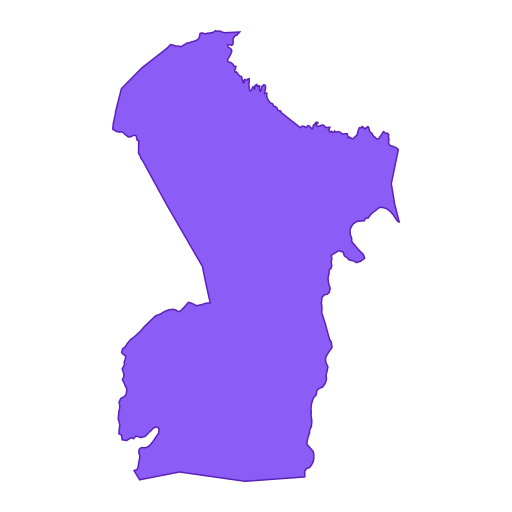 San Miguel Quetzaltepec, Oaxaca, Mexico
{"feature_id": "50627088B89503535126650", "entity_name": "San Miguel Quetzaltepec", "entity_type": "district", "adm_level": 2, "iso_a3": "MEX", "parent_name": "Mexico", "parent_adm1": "Oaxaca", "projection": "equal_earth", "projection_center": [-95.769, 16.979], "detail": "fine", "context": "isolated", "style": "filled", "palette": "violet", "viewbox_px": 512, "rotation_deg": 0, "n_neighbors": 0, "source": "geoboundaries", "source_scale": "gbopen_adm2", "svg_char_len": 5972}
<svg xmlns="http://www.w3.org/2000/svg" viewBox="0 0 512 512"><path d="M142.2,159.9L166.4,204.2L202.4,266.4L205.6,282.2L210.2,302.9L207.2,303.1L204.8,303.5L201.7,304.7L196.3,305.7L194.2,304.4L190.5,302.8L188.3,302.4L184.2,307.2L180.7,310.8L178.1,311.7L175.9,310.0L173.1,309.3L168.4,309.9L164.2,311.7L160.0,314.2L155.5,315.8L144.3,326.7L140.4,331.3L137.9,333.5L134.1,337.1L130.9,339.3L127.5,343.2L125.1,346.9L122.5,348.9L121.6,352.2L123.1,354.2L125.6,355.9L125.2,359.4L124.2,362.1L124.4,364.8L122.2,368.8L123.7,373.5L123.9,376.5L122.4,379.6L124.2,383.2L125.2,385.8L126.8,389.2L126.2,394.5L124.0,396.8L120.7,398.5L119.0,402.3L119.6,404.7L119.7,408.0L118.9,411.3L118.2,418.8L119.8,424.4L119.0,431.3L118.9,433.8L121.4,434.9L122.1,439.8L126.7,440.5L131.1,437.7L133.5,438.7L135.8,436.2L138.6,436.7L140.7,437.6L145.1,436.4L147.3,434.2L149.0,432.3L151.1,430.6L153.2,428.1L156.7,426.9L159.0,428.5L158.6,433.1L152.9,441.6L151.1,443.9L148.1,446.7L145.4,447.7L141.3,447.6L139.1,449.4L138.8,452.7L139.8,455.9L139.5,459.2L138.7,462.7L138.1,466.9L137.1,469.5L134.1,470.6L139.6,479.8L179.3,472.0L245.2,481.3L304.8,476.9L304.7,471.0L306.8,468.5L309.5,467.6L311.5,465.0L313.1,461.9L313.8,458.7L313.8,454.3L313.2,451.4L306.8,444.1L307.5,439.3L308.2,436.8L309.6,432.7L309.7,429.8L311.3,426.8L311.8,422.0L311.6,418.6L311.0,415.8L311.3,413.2L311.0,408.5L311.4,404.5L312.3,401.0L313.6,397.7L316.3,394.7L316.8,390.7L319.1,388.4L322.6,387.1L325.4,383.1L326.5,379.1L326.1,374.6L327.0,371.6L327.9,366.8L326.0,362.9L325.5,359.9L325.9,356.9L327.8,353.6L330.1,350.1L332.0,347.6L331.3,342.1L329.4,338.9L325.3,323.8L321.7,312.6L321.9,309.7L321.9,306.6L321.4,303.0L322.0,297.2L324.6,294.8L327.3,294.2L329.3,292.4L330.2,288.3L329.1,285.0L328.4,282.3L328.0,277.8L329.1,273.4L329.1,270.0L330.9,268.6L331.8,265.8L331.1,261.7L331.9,258.9L331.3,255.3L338.7,250.7L343.1,252.1L344.4,255.9L347.5,258.0L349.1,259.9L353.9,261.0L356.4,262.6L360.6,261.3L364.7,258.2L363.3,254.3L360.8,252.0L358.2,249.3L351.8,241.7L351.7,238.4L350.3,234.6L350.0,229.6L351.2,227.0L352.7,224.4L355.1,222.5L357.0,221.4L364.3,220.7L365.6,218.1L368.0,218.2L370.1,215.4L371.8,213.3L375.5,210.6L379.2,207.6L381.4,207.4L384.0,207.8L387.1,208.9L390.6,211.8L393.0,214.5L395.0,217.6L397.8,221.5L399.2,221.9L394.7,204.2L391.3,183.7L398.3,149.7L397.3,148.6L395.6,147.4L394.9,147.1L394.3,147.1L393.3,146.4L390.7,145.7L389.9,145.3L388.7,143.6L388.6,142.5L389.0,139.5L388.5,137.6L388.5,136.1L388.7,134.5L387.5,133.1L386.1,133.4L385.4,133.3L384.9,133.0L384.2,132.0L383.6,131.6L382.8,132.4L382.2,133.7L379.0,138.2L378.2,138.8L377.6,139.1L376.4,138.6L374.8,137.0L374.0,136.6L373.3,135.9L372.7,134.7L371.7,133.2L369.8,131.5L368.5,127.1L367.9,126.6L367.0,127.3L366.0,127.9L365.3,128.8L364.8,128.8L362.9,126.9L362.0,126.5L361.6,127.6L360.5,127.9L359.7,127.6L359.2,127.9L358.7,129.3L358.3,130.2L357.8,131.9L357.6,133.2L356.7,135.5L355.8,136.1L353.9,137.9L353.2,138.8L352.3,138.8L350.4,137.8L349.4,137.0L349.0,137.2L348.5,137.7L347.9,136.9L347.5,134.2L347.0,133.6L344.7,133.8L342.9,134.1L342.2,133.8L340.6,132.6L338.9,131.7L337.9,131.6L336.6,132.2L335.1,131.5L334.5,131.0L333.8,132.3L333.0,132.2L332.3,132.0L331.4,131.3L331.0,131.6L330.5,132.2L330.1,132.3L328.8,129.7L329.9,127.3L328.2,127.3L327.5,127.6L326.0,127.3L325.6,127.4L324.0,125.6L322.6,124.9L318.5,126.3L316.3,126.0L316.1,125.7L316.1,125.1L316.6,124.3L317.8,123.3L317.8,122.4L316.2,122.3L315.6,122.5L315.1,123.7L314.6,124.3L313.6,124.9L313.4,125.2L312.8,127.9L312.3,128.9L311.8,128.7L310.6,127.4L310.0,127.0L309.3,126.0L308.4,125.6L307.9,125.7L307.3,126.1L306.5,127.3L306.0,127.5L305.5,127.4L304.6,126.5L302.3,126.1L301.4,126.6L300.4,127.7L281.3,112.7L280.9,111.4L280.3,110.7L279.7,110.6L278.7,110.8L278.3,110.7L277.6,110.0L277.5,108.9L276.9,108.0L275.8,107.0L275.5,106.4L274.5,106.6L273.5,106.1L273.4,105.4L272.4,103.6L271.2,103.3L270.0,102.5L268.5,100.5L267.8,99.3L266.7,96.3L266.5,95.6L267.0,93.6L266.7,93.1L266.0,93.1L264.9,93.6L264.6,93.4L264.5,92.9L264.7,91.7L265.2,90.4L265.5,88.8L265.6,86.5L265.1,85.2L263.9,84.7L261.9,86.4L261.5,87.8L261.3,88.8L260.5,91.3L260.1,91.3L259.8,90.5L259.4,88.2L259.3,87.5L259.9,86.2L259.7,85.9L258.9,86.0L258.3,85.8L257.8,86.3L257.3,86.3L257.0,85.8L256.8,84.4L255.2,85.3L254.9,86.0L255.0,87.1L254.5,88.8L253.5,87.1L252.9,86.8L251.4,90.3L250.7,91.0L250.0,90.9L249.7,90.4L249.6,89.5L248.9,85.2L248.9,84.1L249.1,82.7L249.3,80.5L249.2,78.8L248.7,78.6L248.1,78.9L246.9,79.9L246.3,80.1L244.8,79.5L244.3,79.9L244.0,80.3L243.9,81.1L244.3,82.1L244.1,82.7L243.7,82.8L243.2,82.3L242.9,81.8L242.5,80.3L242.0,79.1L241.8,77.2L241.3,76.5L240.7,76.2L239.8,76.1L239.0,75.3L238.1,74.0L236.4,71.9L235.0,72.2L234.7,71.3L234.8,70.4L235.5,68.0L236.0,66.8L235.5,66.3L233.9,65.9L232.8,64.1L231.7,63.1L230.5,62.4L229.3,62.2L228.1,61.5L227.6,60.4L227.7,59.3L228.4,58.0L229.1,57.3L230.4,54.6L231.7,51.7L231.7,50.6L231.4,49.7L230.8,48.9L229.8,48.2L229.1,47.5L228.2,47.0L227.7,46.0L227.6,45.4L227.8,44.8L228.8,44.6L229.4,44.6L231.5,45.4L232.6,44.8L233.1,43.6L233.1,38.5L233.4,37.9L235.6,35.4L237.2,35.0L238.0,33.6L238.6,33.3L239.7,32.0L225.0,32.7L222.7,32.3L219.9,31.0L218.7,31.0L217.3,31.4L215.7,30.7L214.7,31.1L213.2,32.6L212.0,32.5L209.7,33.0L209.4,33.5L208.0,33.0L206.6,33.6L204.1,33.7L202.6,32.9L201.9,33.1L200.3,33.2L199.9,34.2L199.1,38.0L197.4,39.7L196.4,40.2L195.4,41.0L194.5,40.9L193.5,41.5L191.4,41.8L189.7,42.7L186.9,43.0L185.9,43.9L183.5,45.1L181.7,46.4L180.0,46.7L179.0,46.1L174.9,46.0L174.4,45.4L173.1,45.3L171.4,44.6L170.5,44.7L166.9,48.3L141.7,68.0L121.4,88.7L116.1,109.5L116.0,110.0L115.6,111.4L115.4,114.1L115.1,115.7L114.4,117.9L113.9,121.1L113.2,123.6L113.0,126.9L112.8,127.5L112.8,129.1L113.2,129.8L113.9,129.7L115.8,131.2L116.9,131.6L118.3,131.8L119.4,132.2L120.6,132.1L121.7,131.6L123.2,132.6L124.5,134.0L128.2,136.9L130.0,136.9L131.2,136.6L133.0,135.6L134.2,135.3L135.2,135.3L136.0,135.7L136.4,136.9L136.9,139.6L137.3,140.3L138.7,140.8L138.5,153.0L138.9,153.9L140.6,156.9L140.7,157.8L141.0,158.6L142.2,159.9Z" fill="#8b5cf6" stroke="#5b21b6" stroke-width="1.5"/></svg>